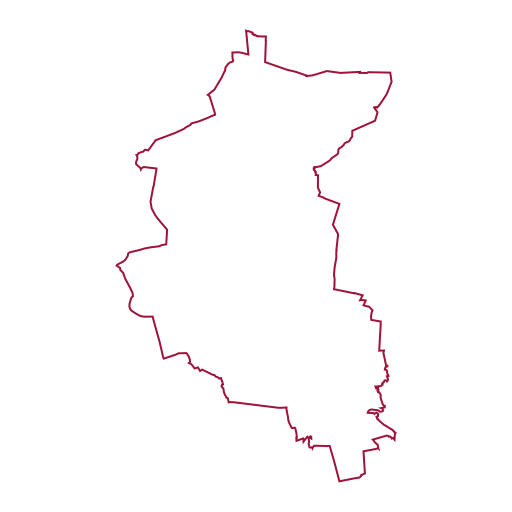 Querétaro, Querétaro, Mexico
{"feature_id": "50627088B94741817456448", "entity_name": "Querétaro", "entity_type": "district", "adm_level": 2, "iso_a3": "MEX", "parent_name": "Mexico", "parent_adm1": "Querétaro", "projection": "albers", "projection_center": [-100.418, 20.726], "detail": "fine", "context": "isolated", "style": "outline", "palette": "rose", "viewbox_px": 512, "rotation_deg": 0, "n_neighbors": 0, "source": "geoboundaries", "source_scale": "gbopen_adm2", "svg_char_len": 5976}
<svg xmlns="http://www.w3.org/2000/svg" viewBox="0 0 512 512"><path d="M246.1,30.7L248.4,54.5L241.4,52.7L238.6,52.3L232.4,52.5L232.5,57.4L232.9,59.9L233.2,60.6L232.8,61.5L229.5,62.7L227.9,64.2L226.9,65.5L226.0,66.6L225.5,67.5L225.2,69.0L225.2,70.6L224.4,71.7L221.6,77.6L214.4,89.6L207.8,94.9L209.6,96.2L214.6,112.2L215.1,114.7L211.7,116.0L208.3,117.6L199.3,121.2L191.2,123.5L190.7,124.7L185.3,127.7L184.1,128.8L175.2,132.9L155.5,140.3L155.4,140.6L148.2,150.4L145.4,149.7L144.7,149.9L143.2,151.7L142.0,151.9L138.7,153.1L138.4,153.3L137.5,154.8L136.5,155.0L137.1,156.2L137.3,157.2L137.4,158.4L137.1,159.6L136.3,161.3L136.0,162.8L136.2,164.2L138.1,166.0L140.2,167.7L140.8,169.5L141.4,168.4L143.6,167.0L156.5,168.5L155.7,173.8L154.0,184.0L153.6,186.2L153.2,187.2L150.5,201.7L151.7,208.6L155.3,215.2L157.2,217.9L160.8,222.3L167.1,229.7L167.0,231.7L166.2,244.4L162.0,245.0L159.0,246.3L158.2,246.4L150.8,247.3L145.5,248.3L143.1,248.9L142.2,249.2L138.0,250.4L130.8,252.0L129.3,252.6L128.5,253.1L128.1,253.5L127.8,255.8L126.1,258.6L125.2,259.9L124.4,260.6L122.6,261.9L122.0,262.1L120.8,262.9L119.4,263.5L117.4,264.6L116.6,265.6L120.1,268.0L120.2,269.5L120.3,269.9L123.2,272.9L125.1,278.5L129.4,286.4L132.5,292.7L133.0,296.2L131.4,297.6L131.1,298.4L129.5,303.8L129.4,306.3L130.0,308.8L131.4,310.6L135.3,313.2L140.1,315.9L141.0,316.2L144.5,316.7L152.6,316.6L155.3,326.6L159.5,341.5L163.3,357.7L163.8,358.6L175.6,354.7L178.5,353.3L186.3,353.1L186.9,353.5L188.8,356.6L189.9,359.8L190.0,361.8L188.9,363.0L191.4,364.2L194.7,368.5L197.9,367.4L200.1,371.0L202.2,369.6L212.7,374.8L214.5,375.0L215.3,376.3L217.0,377.1L217.6,377.1L218.5,377.8L219.2,378.6L221.0,378.1L221.1,378.7L222.5,382.5L223.0,384.5L222.0,384.8L221.9,385.4L221.5,386.0L221.8,386.6L222.3,387.2L222.6,388.0L223.3,388.3L223.7,390.5L223.8,391.8L225.0,395.0L225.9,396.2L226.2,397.5L227.8,398.2L228.7,402.4L230.7,402.0L231.4,402.2L233.5,402.2L277.7,407.7L280.8,407.8L286.5,407.5L286.5,407.9L286.4,408.6L286.4,408.9L288.1,418.0L288.4,420.6L288.5,420.6L289.3,423.2L289.8,424.0L291.4,427.4L291.8,428.0L292.6,428.1L294.0,427.7L294.7,427.7L295.0,427.9L295.4,428.6L296.0,431.7L296.2,432.1L296.3,432.5L296.8,436.7L296.8,437.9L296.3,437.9L296.5,440.8L303.3,438.4L303.4,438.5L303.5,441.6L307.3,436.7L307.9,437.1L308.7,438.3L310.4,436.3L311.2,436.7L311.3,438.6L309.8,437.6L308.7,438.8L309.1,442.6L308.6,443.2L308.6,443.3L309.4,447.0L309.6,447.3L309.9,447.6L312.2,447.2L312.5,448.2L313.2,446.7L314.4,445.7L325.7,446.0L325.8,446.1L329.7,445.9L334.5,462.6L339.4,481.3L354.6,478.3L357.0,477.8L358.6,477.8L359.5,477.4L360.7,476.5L361.1,475.9L361.1,475.1L364.9,473.5L363.5,451.3L375.7,449.0L378.2,448.2L378.4,448.4L377.6,444.7L374.8,442.3L374.6,441.9L374.1,441.1L372.8,439.6L386.6,435.6L388.5,435.9L388.7,436.6L390.4,436.7L391.7,438.2L391.8,438.5L393.0,438.0L394.5,439.7L394.6,436.8L394.9,434.8L395.1,433.9L395.3,433.6L395.4,433.2L395.0,433.3L394.7,432.5L393.3,430.9L393.5,430.9L392.3,429.7L390.9,428.9L390.8,429.0L385.8,425.8L385.6,425.5L384.6,425.3L381.2,422.5L377.7,419.3L378.0,419.2L376.7,417.3L376.5,416.8L378.0,416.1L378.1,415.8L378.0,415.0L378.2,414.0L376.6,412.7L375.5,413.1L374.5,414.0L373.7,413.1L367.7,412.8L367.7,412.5L368.1,411.7L368.7,410.7L369.7,410.0L371.0,409.5L372.0,409.5L375.2,410.0L376.9,410.1L377.7,410.2L378.9,410.9L379.6,411.6L380.1,411.8L382.4,411.3L382.8,411.0L382.9,410.7L383.0,410.1L382.8,409.4L382.3,408.5L381.3,408.1L384.6,407.4L384.4,406.8L384.6,406.7L384.6,406.2L384.4,406.0L384.8,406.0L384.8,405.9L384.0,405.6L383.2,405.1L382.3,403.1L381.2,399.9L380.6,397.6L380.6,396.4L380.8,396.0L380.6,394.7L379.6,392.8L379.3,392.3L378.6,392.4L378.4,392.1L378.0,392.1L377.8,391.6L377.7,391.3L378.0,391.3L377.5,389.7L378.1,389.7L377.9,389.3L378.3,389.2L378.2,388.7L378.0,388.8L377.9,388.0L376.0,388.2L375.5,386.5L376.2,386.6L376.5,386.5L377.4,386.6L377.6,386.5L377.8,386.7L378.2,386.6L378.4,386.3L379.1,386.4L380.0,386.0L381.0,385.9L381.3,385.7L381.8,385.3L381.9,384.8L382.5,384.6L382.2,384.1L382.4,383.5L382.3,383.2L382.8,382.8L383.1,382.9L383.5,382.6L383.8,382.1L383.9,381.7L384.4,381.1L384.4,380.7L384.8,380.4L385.3,380.3L386.2,380.5L386.9,381.4L388.0,379.9L387.3,376.5L387.0,376.5L386.9,376.3L388.5,376.0L388.3,375.1L387.5,374.0L387.2,373.2L387.1,371.1L386.8,370.5L386.3,370.0L385.9,369.8L384.8,369.6L385.0,368.4L385.2,368.0L385.4,367.5L385.6,367.0L387.4,366.4L387.3,365.7L387.0,365.8L386.2,366.0L383.9,355.2L383.7,354.4L383.4,352.9L384.0,350.5L379.2,350.7L380.7,324.3L380.7,321.5L371.3,319.9L371.0,316.6L371.1,315.4L371.7,312.3L372.5,310.2L368.9,306.6L366.8,306.3L363.6,305.3L365.7,300.5L362.4,300.0L360.1,300.2L362.6,295.3L354.7,293.1L354.6,293.4L334.0,289.2L334.0,288.4L334.4,287.3L334.6,279.1L334.0,274.6L334.7,266.8L336.3,258.1L336.3,252.4L336.6,249.9L336.4,249.9L338.1,234.2L332.9,224.7L339.4,203.9L324.9,198.5L323.6,197.6L318.6,195.8L320.1,192.4L317.9,187.7L318.0,175.3L315.7,175.0L315.9,174.1L315.8,173.0L315.7,173.1L314.9,171.4L314.8,171.0L315.0,170.9L314.9,170.7L314.4,170.2L314.2,169.6L313.8,169.6L313.7,168.3L314.6,168.2L315.0,167.8L314.7,167.7L314.5,167.1L316.6,167.0L320.7,166.2L325.8,163.1L330.0,160.3L331.5,158.3L337.5,154.2L338.1,152.8L338.4,149.8L339.4,148.2L341.3,147.2L343.3,145.4L343.9,144.6L344.0,144.3L344.3,144.0L344.6,143.4L345.5,142.7L349.0,141.3L349.8,140.3L351.0,138.0L352.2,136.8L352.3,130.8L375.1,120.7L377.5,112.3L374.1,107.4L374.4,107.2L375.0,107.5L375.4,107.2L375.7,107.3L376.6,107.0L377.2,107.2L377.3,107.4L379.2,105.1L379.3,105.2L386.4,94.7L388.5,89.8L389.4,87.3L391.6,81.8L390.2,72.6L368.2,72.2L367.0,73.0L359.5,72.9L359.9,71.9L340.6,72.9L327.0,71.1L325.9,71.3L323.5,72.1L312.4,75.4L307.9,75.9L307.2,76.3L306.5,76.1L306.8,75.6L295.7,71.8L287.2,69.8L265.1,62.1L265.9,40.6L265.7,40.4L265.9,36.5L259.5,36.4L258.4,36.3L257.8,36.4L257.5,36.0L257.0,36.1L255.3,35.0L254.9,35.3L254.7,35.2L254.8,34.8L254.3,34.6L253.6,34.8L253.0,34.3L252.7,34.1L252.8,34.0L252.9,33.2L252.0,32.6L252.0,32.4L251.0,32.2L249.7,31.5L248.1,31.1L247.5,31.3L246.1,30.7Z" fill="none" stroke="#9f1239" stroke-width="2"/></svg>